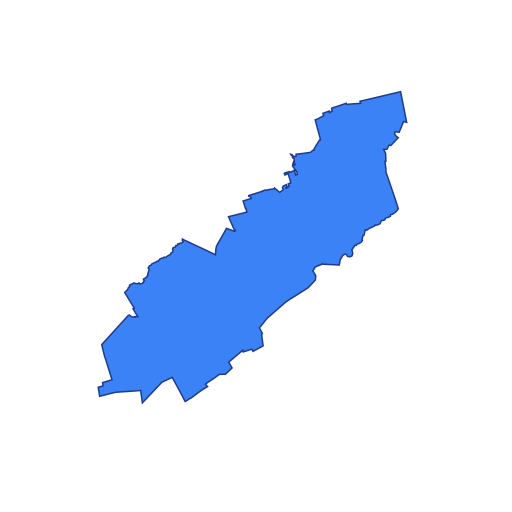 the district of Sabinas Hidalgo, Nuevo León, Mexico, rotated 244°
{"feature_id": "50627088B9769034466011", "entity_name": "Sabinas Hidalgo", "entity_type": "district", "adm_level": 2, "iso_a3": "MEX", "parent_name": "Mexico", "parent_adm1": "Nuevo León", "projection": "equal_earth", "projection_center": [-100.103, 26.576], "detail": "fine", "context": "isolated", "style": "filled", "palette": "blue", "viewbox_px": 512, "rotation_deg": 244, "n_neighbors": 0, "source": "geoboundaries", "source_scale": "gbopen_adm2", "svg_char_len": 5682}
<svg xmlns="http://www.w3.org/2000/svg" viewBox="0 0 512 512"><g transform="rotate(244 256 256)"><path d="M352.2,371.7L352.4,368.9L342.9,367.0L340.1,366.5L334.5,365.4L333.4,365.2L333.1,365.0L332.1,364.7L332.4,363.9L329.0,358.5L326.2,354.3L325.8,354.3L326.1,353.8L325.3,350.4L327.3,344.1L329.9,336.6L328.1,335.7L328.9,333.3L329.9,333.2L330.1,333.1L331.5,332.7L332.0,332.0L332.2,331.8L331.4,331.8L329.6,332.7L329.3,332.6L328.8,332.0L327.8,332.2L327.4,332.8L326.8,333.0L326.3,332.7L325.0,332.2L324.7,331.5L324.1,331.2L323.6,331.7L323.0,330.5L323.4,330.3L322.6,329.6L322.2,329.1L321.9,329.1L321.7,329.2L321.6,329.4L321.5,329.8L321.4,330.0L321.9,330.4L321.6,331.3L321.4,331.4L321.2,331.4L320.9,331.4L321.2,329.2L321.1,328.7L321.0,328.4L320.9,328.3L320.6,328.3L316.9,329.0L313.8,329.6L313.6,329.6L313.1,329.4L311.2,329.0L311.3,327.2L313.4,327.5L316.3,328.0L316.2,325.5L316.1,323.3L317.1,323.2L318.0,318.6L318.0,318.2L317.8,317.6L316.1,317.5L316.0,319.2L316.0,319.8L316.3,319.8L316.4,320.2L316.0,320.2L316.0,321.0L310.0,320.0L306.5,319.4L306.7,316.6L304.0,316.4L303.7,312.6L304.2,312.7L304.4,314.4L306.8,314.6L306.9,311.5L306.8,311.2L306.5,310.7L306.2,310.2L305.9,309.8L303.9,309.7L303.7,309.7L302.8,305.2L308.9,302.5L308.3,302.0L308.7,301.1L309.6,298.1L309.7,297.9L309.8,297.7L310.2,295.9L310.3,295.4L310.3,295.2L310.3,294.9L310.4,294.6L310.5,294.2L311.0,293.6L311.3,293.3L311.5,290.8L311.2,291.2L313.5,276.0L313.1,275.8L312.9,275.7L312.7,275.8L312.3,276.6L311.2,276.9L310.4,277.1L309.8,276.9L309.9,276.1L310.0,275.7L310.4,273.1L311.1,268.5L307.1,268.0L303.3,267.4L303.2,267.8L299.4,267.0L300.0,264.4L300.6,261.6L302.8,251.2L303.4,248.5L288.9,248.0L288.2,248.8L287.6,247.9L287.5,247.7L288.3,246.9L293.8,241.6L290.0,236.2L284.9,228.6L284.1,227.8L284.1,227.2L283.5,226.5L283.4,226.5L281.8,224.4L281.6,224.3L281.4,224.2L280.1,223.2L275.3,220.3L275.2,220.3L275.0,220.1L274.9,220.0L275.4,219.6L275.5,219.5L275.7,219.4L275.9,219.3L276.0,219.2L276.3,218.9L276.5,218.8L282.7,213.9L282.9,213.7L283.1,213.6L283.4,213.5L283.4,213.4L283.6,213.1L284.7,212.3L292.2,206.2L293.8,204.9L298.0,201.6L299.0,200.8L299.5,200.4L299.8,200.2L301.1,199.0L301.9,198.4L303.5,197.3L302.5,196.7L302.1,196.5L300.8,196.7L300.4,196.4L300.3,194.4L300.8,193.6L300.6,192.9L300.8,192.2L301.1,191.7L301.1,190.9L300.9,190.9L300.5,190.7L300.4,190.7L300.2,188.9L300.5,188.4L299.5,187.6L299.7,184.9L298.8,184.1L297.4,183.7L296.3,183.1L296.0,182.2L295.8,180.5L294.9,179.9L294.9,178.4L294.8,176.9L294.4,174.0L295.3,172.8L294.8,171.8L295.3,170.8L295.5,168.3L294.2,166.1L294.7,164.9L294.3,163.8L294.6,161.4L294.5,158.9L294.5,158.7L293.8,157.5L293.9,156.2L292.6,153.8L290.8,154.0L287.8,151.4L287.6,151.1L287.2,150.7L286.5,150.7L285.4,148.9L285.1,148.9L285.0,148.2L284.9,147.3L284.6,146.4L284.6,144.8L283.9,144.4L283.1,144.8L282.8,144.9L282.1,143.7L281.9,143.6L281.7,142.6L281.3,142.3L281.3,142.2L281.1,141.5L281.8,139.4L282.5,139.2L283.1,139.0L283.0,137.6L283.9,135.9L285.3,134.5L285.2,133.5L285.2,133.2L285.1,132.7L285.2,132.2L285.3,131.4L285.5,130.4L284.7,129.1L284.0,129.1L283.9,128.8L283.5,127.7L283.3,127.1L282.8,126.6L282.5,126.5L282.2,126.2L281.9,125.3L280.8,122.0L262.4,123.7L262.4,122.3L260.2,122.5L253.5,123.1L253.7,122.9L253.7,122.7L253.9,121.9L254.7,120.5L254.7,120.4L254.2,120.4L255.1,118.7L256.0,117.5L258.5,116.3L258.6,115.2L244.0,78.5L232.6,76.0L227.3,75.3L226.1,75.1L216.8,73.7L207.9,72.3L209.5,62.6L206.3,61.6L207.2,56.6L198.4,54.0L198.0,56.4L197.7,57.6L197.5,58.3L197.5,58.5L197.4,58.9L197.4,59.2L197.3,59.5L196.7,62.6L195.0,70.3L193.4,74.2L192.7,75.9L192.5,76.3L192.5,76.5L191.5,78.9L190.7,80.8L190.4,81.6L189.6,83.5L189.5,83.9L189.3,84.4L189.0,85.1L188.2,86.9L185.7,93.4L173.8,89.5L183.8,116.1L183.6,127.5L170.8,128.1L165.4,128.3L161.4,128.4L156.3,128.5L156.4,131.2L156.8,132.8L156.8,135.4L157.7,140.2L158.4,143.7L159.1,147.6L159.6,151.3L159.8,155.2L163.0,154.4L163.6,157.4L164.4,163.7L165.5,170.4L165.7,171.3L163.1,176.6L165.9,185.4L170.8,185.1L172.6,185.0L177.1,202.8L175.4,202.4L174.1,211.4L171.6,211.5L172.1,223.0L183.1,226.7L183.6,227.8L189.9,227.5L195.2,238.9L201.6,262.6L202.2,266.9L202.6,270.8L204.6,288.8L208.4,298.9L212.2,301.1L215.0,300.8L216.5,300.8L217.8,300.5L218.1,301.1L218.3,301.5L218.5,301.8L219.1,303.0L219.3,303.0L219.5,303.2L219.7,303.4L220.1,304.0L220.0,305.1L220.0,306.0L220.2,306.9L220.3,307.5L220.0,307.7L220.0,308.8L219.9,308.8L219.8,309.2L219.8,309.8L219.8,310.3L219.8,310.5L219.7,311.8L219.8,311.9L219.7,311.9L211.4,326.9L215.6,329.9L218.5,334.3L218.7,335.7L218.6,336.5L218.5,336.9L218.2,337.4L217.4,337.9L216.6,338.2L216.2,338.1L215.9,338.1L215.6,338.1L215.2,338.3L215.0,338.7L214.7,339.3L214.3,339.8L214.0,340.9L214.0,341.8L214.1,342.5L214.9,343.1L215.3,343.4L215.6,344.0L219.9,345.1L220.1,346.3L220.8,346.8L221.1,347.7L221.4,348.3L222.3,349.0L221.6,350.6L222.4,352.1L222.2,353.4L222.0,353.9L222.4,357.0L223.3,358.5L224.7,358.8L225.9,359.8L227.1,360.9L227.5,362.4L231.6,365.6L230.6,366.8L231.1,369.0L231.1,370.9L231.0,375.8L231.6,376.5L231.2,377.1L230.7,378.8L230.6,381.4L231.2,382.4L232.3,383.4L232.7,384.2L232.0,387.4L233.4,389.3L233.2,390.2L232.8,391.5L232.8,394.2L234.2,395.0L233.7,397.0L234.2,400.2L235.1,402.9L236.1,404.6L240.2,405.2L247.0,406.2L261.3,408.0L267.9,408.8L272.5,409.3L274.2,409.5L277.9,411.2L278.0,411.2L281.8,412.4L284.6,413.5L284.4,414.5L284.8,414.6L285.0,414.6L289.4,416.6L291.4,417.5L295.9,417.5L294.5,420.4L297.4,424.3L296.2,425.6L300.0,435.7L302.1,434.6L305.1,434.0L306.7,435.5L304.5,439.0L312.2,447.6L310.1,450.0L340.3,458.0L349.5,417.3L347.4,416.9L352.6,403.9L353.7,404.1L355.0,394.0L355.7,389.0L355.4,388.6L352.8,387.9L352.6,384.9L354.1,385.5L354.9,378.7L352.4,378.3L352.2,371.9L352.2,371.7Z" fill="#3b82f6" stroke="#1e3a8a" stroke-width="1.5"/></g></svg>